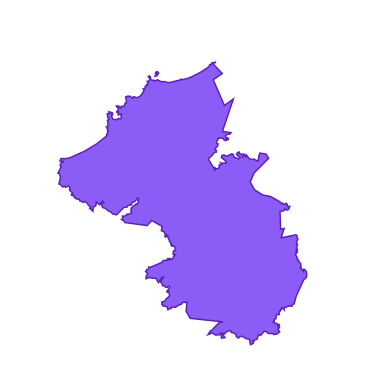 Zihuatanejo de Azueta, Guerrero, Mexico (Albers equal-area conic projection), rotated 108°
{"feature_id": "50627088B68116165686784", "entity_name": "Zihuatanejo de Azueta", "entity_type": "district", "adm_level": 2, "iso_a3": "MEX", "parent_name": "Mexico", "parent_adm1": "Guerrero", "projection": "albers", "projection_center": [-101.453, 17.808], "detail": "fine", "context": "isolated", "style": "filled", "palette": "violet", "viewbox_px": 384, "rotation_deg": 108, "n_neighbors": 0, "source": "geoboundaries", "source_scale": "gbopen_adm2", "svg_char_len": 6020}
<svg xmlns="http://www.w3.org/2000/svg" viewBox="0 0 384 384"><g transform="rotate(108 192 192)"><path d="M322.7,132.7L319.7,129.2L320.8,125.8L319.7,122.3L317.7,121.0L321.8,118.8L320.3,115.7L317.0,119.9L316.9,117.1L314.4,116.2L311.7,112.5L313.4,111.4L313.3,107.7L314.1,106.2L316.1,104.9L316.0,103.5L316.6,102.9L314.3,101.3L313.8,99.2L314.8,95.0L314.2,92.0L319.1,89.2L317.2,87.1L315.1,87.1L314.7,88.2L312.0,84.7L307.1,84.6L307.0,82.3L302.2,80.3L301.8,78.0L302.9,76.2L302.4,73.3L301.6,72.1L301.7,70.6L302.3,70.4L301.1,67.6L297.9,65.4L296.1,67.8L294.0,67.0L293.2,67.7L293.3,68.9L292.5,68.7L292.1,67.5L291.2,68.0L291.5,68.7L290.8,71.0L291.3,72.3L290.3,73.6L289.3,73.9L289.9,74.4L287.0,74.1L286.6,73.0L282.6,73.9L281.5,71.0L279.6,72.2L277.8,71.3L276.6,71.4L276.2,70.5L274.6,70.9L274.3,69.7L275.4,68.0L274.0,68.6L272.8,68.0L272.5,66.7L271.1,65.9L270.8,64.5L270.2,64.3L269.8,61.6L267.7,61.8L267.0,60.3L258.6,60.7L240.5,58.6L239.2,57.3L236.6,56.8L232.7,58.4L230.9,60.7L231.0,62.0L233.0,61.5L231.5,64.1L230.0,65.0L231.0,65.0L230.9,65.6L229.1,65.4L226.3,66.6L225.5,68.9L224.4,69.1L223.7,71.0L222.7,70.9L221.9,72.3L220.9,72.4L220.0,74.3L218.3,73.8L217.7,74.3L216.6,73.2L215.7,73.5L216.2,74.1L215.6,74.9L214.6,75.1L214.1,74.1L212.4,75.3L210.5,75.4L210.0,76.0L208.8,75.7L207.9,77.2L204.0,76.7L202.4,78.4L201.4,78.4L200.6,79.9L208.0,93.1L198.2,93.1L200.0,96.2L183.3,102.3L181.4,98.8L179.2,98.2L179.9,96.7L179.6,95.5L178.2,94.7L175.5,94.5L176.3,96.5L174.3,97.7L173.6,99.1L175.3,99.6L174.7,102.6L175.5,102.8L174.1,105.5L172.0,115.9L173.0,123.9L170.5,133.3L164.5,139.7L154.8,138.9L136.3,129.5L133.0,133.3L134.0,139.4L136.7,139.6L142.1,138.7L142.1,141.4L141.4,142.8L142.6,145.4L142.6,147.9L140.1,151.5L142.0,151.7L139.9,153.5L144.1,155.1L140.3,154.1L140.4,156.2L141.4,156.8L140.5,158.8L139.4,159.3L140.3,160.8L142.5,161.4L144.4,157.0L146.1,157.8L145.7,163.0L143.5,164.3L143.4,165.6L143.7,166.6L144.7,166.7L145.6,168.5L147.2,169.6L147.0,173.4L148.0,174.8L150.1,174.7L152.1,169.6L153.5,168.4L155.5,172.3L155.4,173.8L156.4,172.5L157.6,173.0L157.7,174.4L160.6,173.8L162.0,174.9L162.4,176.1L161.7,178.1L162.3,178.4L164.6,176.3L156.0,186.2L154.0,186.0L151.6,184.4L147.3,182.8L146.6,181.2L145.1,181.7L143.8,183.4L139.7,181.7L138.1,182.2L138.1,183.5L136.2,184.3L134.3,183.4L132.7,183.9L131.2,179.4L132.9,177.2L132.3,175.1L131.0,175.2L130.9,173.6L130.3,173.7L129.4,174.9L130.2,176.4L128.1,177.4L126.7,176.7L125.0,173.6L123.5,173.2L125.0,181.8L90.7,181.4L99.7,187.9L78.7,206.5L70.0,199.8L63.2,212.3L62.2,210.3L61.6,209.8L61.3,210.1L62.7,211.5L62.9,213.0L65.2,213.4L65.6,214.6L67.1,214.5L69.5,216.0L75.8,221.2L82.2,227.5L85.5,231.4L88.4,236.6L88.0,237.3L89.2,238.0L94.4,246.4L95.5,249.0L95.3,251.7L96.6,255.4L95.9,259.5L97.8,261.3L97.4,262.3L98.0,264.6L97.7,266.3L95.8,266.7L94.7,268.5L96.1,269.2L96.4,267.6L98.1,267.0L100.2,267.5L100.6,268.7L101.2,267.7L102.2,267.9L103.8,267.1L104.3,267.5L103.9,268.1L106.4,269.2L107.2,268.5L108.8,269.7L109.5,268.3L109.3,269.8L109.8,269.2L113.1,269.5L116.4,270.6L118.8,272.7L119.7,274.9L119.1,276.1L119.6,277.2L120.3,276.9L120.8,277.6L121.0,278.7L120.0,280.1L120.8,281.4L120.4,282.5L121.4,283.2L121.6,284.2L122.1,284.5L127.0,281.9L128.5,283.1L131.3,283.1L132.5,285.8L134.0,285.4L133.8,287.2L132.8,288.4L133.6,290.5L134.5,289.6L134.5,287.6L136.0,288.0L137.9,287.3L138.4,288.3L139.2,288.4L139.6,287.6L139.0,286.5L140.5,285.8L141.2,286.2L141.5,285.7L140.4,285.3L139.9,283.2L140.6,283.5L142.8,282.2L144.4,282.4L144.8,284.8L146.3,285.7L147.3,288.9L147.2,290.0L144.1,292.1L143.1,292.1L142.9,291.3L141.2,292.4L141.4,295.8L142.8,294.5L143.7,296.8L147.4,294.9L148.6,293.3L150.1,294.6L151.7,293.3L154.4,293.0L155.2,292.0L156.6,292.3L156.7,293.5L159.5,290.5L160.0,291.3L162.0,290.2L163.4,291.1L164.0,290.5L165.6,290.9L175.3,297.2L186.3,306.7L197.1,318.6L199.2,322.3L200.7,327.0L203.3,327.2L202.8,323.9L203.3,323.8L204.5,325.4L205.9,325.7L207.8,325.5L208.4,324.2L215.6,325.3L215.4,323.9L219.0,321.5L225.5,321.1L225.5,319.5L227.2,316.5L225.8,315.0L226.7,313.8L224.3,311.5L226.1,309.1L227.5,309.2L228.5,308.5L229.9,305.2L231.6,306.0L232.3,305.6L232.5,304.8L231.9,304.8L231.8,304.2L232.5,302.5L233.5,302.2L233.9,301.4L233.5,301.0L234.3,299.9L233.8,296.9L235.2,295.9L235.0,293.3L235.6,292.7L234.3,290.9L235.1,288.1L236.8,286.2L237.5,284.1L238.3,283.8L239.1,284.3L240.9,280.3L237.2,281.2L234.7,279.2L231.1,279.9L232.7,276.0L228.3,274.3L229.8,272.4L231.5,274.9L234.4,272.1L234.3,269.5L236.1,264.8L236.1,262.8L237.4,260.8L237.0,256.7L227.3,251.8L226.6,249.2L224.4,248.6L222.9,245.4L221.0,246.0L218.2,243.0L215.0,242.3L214.5,241.4L215.9,240.4L216.8,240.9L218.2,239.8L220.3,240.2L220.4,241.3L226.3,245.0L227.6,244.0L229.0,244.3L230.5,242.9L232.8,245.4L233.3,247.2L234.2,247.2L236.2,249.2L236.3,250.7L238.5,249.7L239.9,250.6L240.6,247.8L241.8,246.4L237.8,224.3L231.5,221.4L234.0,209.8L238.3,209.2L238.5,206.0L240.4,204.8L240.6,202.8L242.4,204.3L243.1,203.4L241.7,202.0L242.0,200.7L242.8,200.8L245.0,198.3L245.8,198.4L247.0,196.2L248.1,196.2L248.2,195.1L248.9,195.4L249.8,194.3L248.8,192.3L251.5,190.2L252.5,189.9L253.9,191.4L257.0,190.8L257.0,188.6L258.4,189.5L261.9,189.9L263.4,192.6L262.1,192.3L262.9,194.6L264.2,194.0L264.4,194.8L265.3,195.1L264.9,195.6L266.0,198.2L268.4,199.0L276.6,208.5L276.6,209.9L277.9,209.7L279.6,210.2L279.9,211.1L282.7,211.6L281.9,211.0L283.0,209.1L286.4,209.6L288.7,208.9L286.4,206.0L286.2,202.4L285.0,200.2L288.5,195.8L282.6,194.4L281.8,192.9L287.2,194.2L288.7,191.9L290.3,191.0L289.5,190.2L290.8,187.6L290.4,186.1L288.6,184.9L289.9,183.6L294.5,185.3L295.0,184.2L293.9,183.3L297.8,181.2L301.9,183.7L304.3,184.1L305.6,186.6L308.0,186.1L308.5,184.7L309.3,184.6L308.8,180.4L311.4,178.5L310.3,177.9L309.4,175.9L307.8,175.9L306.6,171.9L303.7,169.8L302.1,167.5L300.0,166.8L298.5,162.7L307.2,160.8L312.7,154.6L305.9,122.2L307.5,125.6L315.4,129.6L316.6,129.7L318.3,131.6L322.7,132.7ZM90.9,261.5L89.5,260.3L88.9,260.8L89.1,261.5L88.4,261.7L88.2,262.3L89.1,263.3L90.8,263.5L90.7,262.4L91.6,261.7L93.2,263.1L93.4,262.5L92.3,262.0L91.9,260.9L90.9,261.5Z" fill="#8b5cf6" stroke="#5b21b6" stroke-width="1.5"/></g></svg>